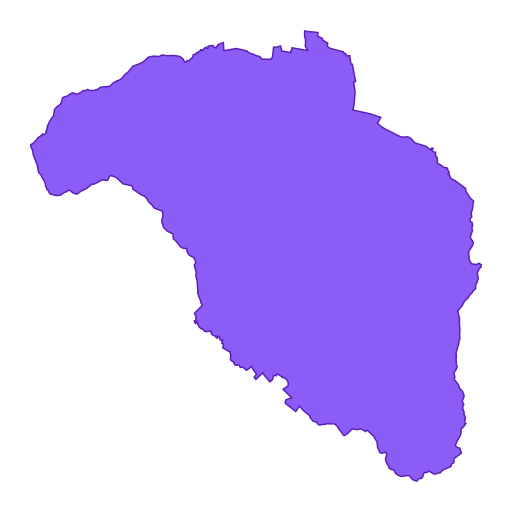 Bretea Romana, Hunedoara, Romania
{"feature_id": "2599482B96902853803032", "entity_name": "Bretea Romana", "entity_type": "district", "adm_level": 2, "iso_a3": "ROU", "parent_name": "Romania", "parent_adm1": "Hunedoara", "projection": "albers", "projection_center": [23.022, 45.65], "detail": "fine", "context": "isolated", "style": "filled", "palette": "violet", "viewbox_px": 512, "rotation_deg": 0, "n_neighbors": 0, "source": "geoboundaries", "source_scale": "gbopen_adm2", "svg_char_len": 5956}
<svg xmlns="http://www.w3.org/2000/svg" viewBox="0 0 512 512"><path d="M421.4,478.4L422.4,477.5L423.8,473.4L424.7,472.5L427.1,472.5L428.4,471.4L429.4,471.3L433.8,474.0L435.4,474.1L437.5,473.2L440.3,472.8L441.9,470.9L444.2,469.4L450.8,466.6L451.6,464.0L453.4,463.0L454.1,461.6L453.8,459.5L454.1,458.5L461.4,453.2L460.0,448.3L456.9,447.2L455.6,446.1L455.4,445.3L457.3,440.7L460.4,435.4L461.0,432.6L461.0,430.0L461.6,428.4L463.4,427.0L465.9,423.5L465.2,423.3L464.7,422.4L465.4,418.0L464.1,414.3L463.9,411.4L462.6,408.3L462.7,406.6L463.8,404.6L462.2,401.2L464.1,396.4L463.7,394.1L462.6,391.5L459.8,388.5L458.3,384.6L454.1,379.2L454.9,377.2L453.9,372.8L456.1,369.6L457.2,366.8L456.2,364.0L456.5,362.1L455.9,359.9L456.3,357.5L456.1,352.4L458.8,343.7L458.7,342.1L459.9,338.5L459.6,334.4L459.9,328.5L459.5,325.7L459.4,317.3L458.0,313.2L458.2,312.0L457.8,311.1L462.3,305.4L464.5,301.2L468.0,297.9L469.9,294.9L472.2,292.6L473.7,290.1L475.4,289.1L475.7,287.9L475.6,284.8L477.0,282.6L478.3,277.7L477.3,274.2L477.5,272.4L479.3,268.7L481.2,266.8L480.7,265.8L481.3,264.7L478.5,263.2L477.9,263.9L476.4,264.5L471.5,263.8L469.3,259.8L468.6,251.9L469.3,250.4L472.2,246.2L473.4,242.9L472.9,241.7L470.4,237.9L470.6,235.9L472.4,230.9L471.9,227.6L472.6,225.3L472.1,222.4L470.4,221.7L470.1,219.7L470.3,218.4L471.8,217.0L471.2,213.4L472.8,207.6L473.0,203.4L473.8,201.4L470.3,198.1L466.4,192.0L465.7,190.8L465.7,188.5L455.1,180.6L450.9,178.6L449.4,175.0L448.2,174.1L448.7,174.0L449.1,173.1L449.0,172.0L448.3,170.5L447.4,170.1L447.5,168.1L443.0,167.1L441.8,165.7L437.1,162.9L437.0,162.4L437.6,160.2L437.0,158.8L437.2,157.8L435.5,155.5L435.5,152.2L434.7,152.5L431.4,149.9L431.5,149.3L433.0,148.9L432.9,148.2L431.8,148.0L430.8,149.2L430.7,149.9L430.4,149.8L426.0,146.3L414.9,142.9L411.1,138.7L409.3,137.4L407.3,136.8L403.7,137.2L400.4,136.7L385.3,129.1L381.4,126.7L377.5,123.3L380.8,117.4L370.4,113.9L353.0,110.1L354.0,104.6L355.1,92.6L353.7,81.9L355.6,81.5L352.3,64.2L351.0,64.2L349.7,55.6L346.5,55.9L345.8,53.7L344.0,53.2L343.3,51.8L330.3,48.4L328.6,47.5L327.3,46.0L327.7,43.2L322.5,40.0L322.5,38.5L317.4,36.0L317.9,34.7L317.9,32.5L305.8,31.3L304.8,30.9L304.4,32.2L304.7,33.0L304.6,36.7L305.4,38.8L305.6,42.8L305.2,46.3L307.6,50.2L308.2,50.6L292.0,47.8L292.0,48.8L290.8,50.9L291.1,52.4L290.7,52.6L281.9,51.0L280.4,45.9L276.3,47.3L273.6,47.1L272.5,56.8L271.1,59.3L261.5,59.1L260.8,57.6L259.6,56.5L255.9,55.6L253.6,54.3L249.3,53.0L246.7,50.9L236.4,48.5L225.8,50.4L223.8,50.3L223.4,42.6L217.8,44.7L217.9,45.7L216.3,46.6L216.4,47.7L216.1,47.9L214.5,47.5L212.9,45.4L212.2,46.0L210.3,45.5L207.8,46.5L208.2,46.9L207.6,48.6L207.0,48.6L205.7,47.3L202.7,49.8L202.7,50.6L202.1,50.6L201.4,49.7L200.6,49.8L200.2,50.9L198.8,51.5L198.4,52.3L196.1,53.0L195.9,54.4L193.4,54.5L192.3,57.7L190.3,59.1L189.1,60.9L187.0,60.6L185.5,62.3L184.5,61.8L183.0,58.9L179.8,56.5L174.5,55.5L167.1,55.7L161.8,55.0L159.3,56.5L153.5,56.1L149.3,56.9L147.9,57.5L144.4,61.0L140.5,63.4L133.0,66.1L128.3,71.8L124.9,74.5L121.3,78.8L117.7,80.9L117.1,80.8L117.2,81.2L113.7,82.5L109.8,86.3L100.7,87.1L97.6,89.3L93.6,90.5L89.3,90.4L87.8,89.4L86.3,90.3L82.9,90.7L81.6,92.0L77.3,94.1L72.0,92.9L66.6,96.4L64.6,96.6L62.5,97.8L61.8,101.2L60.1,104.7L57.3,106.5L54.4,109.5L54.5,110.4L53.4,116.4L51.5,118.3L49.2,122.1L47.3,126.5L47.2,128.4L45.9,131.9L46.3,132.6L45.2,133.8L43.3,134.7L42.8,134.2L42.7,134.8L42.3,134.5L39.5,136.9L38.0,137.5L37.6,138.5L33.3,143.2L30.9,144.6L30.7,146.3L32.8,150.9L33.1,154.3L37.4,165.7L38.4,171.9L38.8,172.8L40.9,174.7L41.9,177.2L44.4,181.1L45.3,183.7L45.7,186.3L47.1,189.5L48.0,190.3L49.5,193.2L50.3,194.0L56.4,195.6L60.5,195.2L64.1,192.5L66.3,191.8L68.8,190.1L70.9,191.0L72.5,192.7L76.8,194.2L81.2,191.1L86.4,188.6L91.8,184.3L94.9,183.8L102.1,179.9L107.3,180.5L107.8,180.1L109.3,176.6L109.9,176.0L111.2,175.7L114.6,176.7L117.4,178.4L122.9,183.8L131.1,185.6L132.3,186.3L132.7,189.0L141.7,195.1L144.4,196.2L146.5,198.1L148.6,201.9L151.8,204.8L154.3,208.2L162.2,211.0L163.0,215.3L161.9,220.3L161.9,222.3L163.7,227.5L167.3,231.2L172.8,233.9L173.2,235.3L173.3,238.7L176.0,241.1L180.4,246.8L182.4,248.0L186.7,248.7L187.0,251.4L188.3,253.9L189.9,255.5L194.0,257.8L195.7,261.8L195.7,263.1L194.6,264.5L194.3,265.5L196.1,271.9L195.9,276.4L197.2,280.8L197.9,293.7L199.0,297.2L200.1,299.2L200.8,302.5L202.2,305.0L201.0,306.8L194.4,313.4L195.9,316.2L196.1,317.4L195.8,318.6L196.2,319.8L196.0,320.4L194.4,320.7L194.5,322.4L195.8,323.5L196.5,322.0L197.2,321.7L197.6,322.4L197.7,324.5L198.5,325.4L199.4,327.2L201.1,328.7L202.5,328.7L204.3,331.1L206.3,331.7L210.0,331.0L211.1,331.3L211.6,331.9L211.0,332.3L211.4,333.5L213.0,335.4L215.9,336.2L216.2,336.5L215.9,337.4L217.2,338.1L217.6,338.1L217.5,336.5L218.9,336.2L219.8,338.0L220.0,339.7L221.0,340.3L222.9,340.3L222.1,341.6L221.9,343.4L223.1,343.8L223.3,345.3L222.7,347.8L229.5,351.8L230.3,351.7L230.2,352.8L230.8,355.5L230.4,359.8L233.6,362.2L233.6,362.7L234.6,362.9L234.3,364.0L234.8,365.0L239.3,365.3L240.2,367.3L243.2,367.4L246.5,370.3L251.7,366.6L253.3,369.7L256.5,374.3L254.1,377.2L255.8,379.4L262.9,372.8L264.1,375.1L269.9,381.9L272.7,379.3L273.4,375.6L276.3,375.7L276.9,373.8L280.7,375.9L282.3,377.4L282.6,376.9L286.6,379.5L288.3,382.8L288.0,385.9L283.1,389.3L291.5,397.8L285.8,399.9L285.6,401.3L285.2,401.9L285.3,403.3L295.8,411.5L299.5,406.0L303.2,410.4L309.2,415.3L309.8,416.2L310.0,417.5L313.1,421.2L316.5,422.1L317.8,424.1L319.2,425.0L326.3,424.1L327.7,423.4L328.9,423.9L334.3,423.8L337.0,425.9L339.2,429.6L340.8,431.3L343.3,435.0L344.2,435.6L346.8,434.2L351.9,429.3L353.9,429.0L357.3,429.7L361.0,428.7L365.4,431.6L366.6,430.4L367.3,430.4L373.9,436.3L374.9,438.7L376.9,441.5L377.6,447.5L378.6,449.3L379.7,452.5L381.7,453.2L385.2,452.3L386.5,453.4L386.6,455.8L385.6,458.0L385.5,459.5L386.4,462.6L387.7,464.7L389.3,468.3L391.4,469.5L393.4,469.8L394.4,470.6L394.9,472.3L396.3,474.0L398.3,475.4L401.6,476.5L408.4,475.4L410.3,476.4L411.2,478.2L412.8,479.7L416.3,481.1L417.4,480.6L419.0,478.7L421.4,478.4Z" fill="#8b5cf6" stroke="#5b21b6" stroke-width="1.5"/></svg>